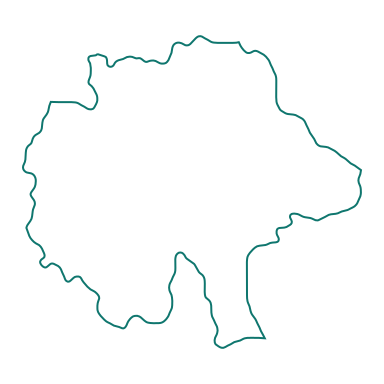 the district of Sabana Grande de Boyá, Monte Plata, Dominican Republic
{"feature_id": "3306468B74800067614401", "entity_name": "Sabana Grande de Boyá", "entity_type": "district", "adm_level": 2, "iso_a3": "DOM", "parent_name": "Dominican Republic", "parent_adm1": "Monte Plata", "projection": "robinson", "projection_center": [-69.796, 18.975], "detail": "fine", "context": "isolated", "style": "outline", "palette": "teal", "viewbox_px": 384, "rotation_deg": 0, "n_neighbors": 0, "source": "geoboundaries", "source_scale": "gbopen_adm2", "svg_char_len": 5836}
<svg xmlns="http://www.w3.org/2000/svg" viewBox="0 0 384 384"><path d="M50.8,101.9L49.3,105.9L48.3,110.7L47.8,112.3L46.6,114.5L43.6,118.6L42.9,120.1L42.4,122.6L41.8,128.4L41.3,130.0L41.0,130.7L40.1,131.9L39.1,132.9L35.4,135.1L33.9,136.6L32.8,138.6L31.5,142.8L30.7,143.9L28.7,145.5L27.7,146.5L26.6,148.4L26.1,150.0L25.8,152.5L25.4,159.5L24.9,161.9L23.2,165.9L23.0,167.5L23.3,169.1L24.0,170.4L25.6,171.9L26.9,172.5L31.2,173.4L32.5,174.0L33.7,175.0L34.6,176.2L35.3,177.7L35.7,179.3L35.8,181.0L35.5,184.5L34.8,186.9L34.0,188.4L31.3,192.2L30.7,193.5L30.6,194.3L30.7,195.0L31.3,196.4L33.9,200.1L34.6,201.6L34.9,203.2L34.8,204.8L33.0,209.6L32.7,211.3L32.1,216.3L31.5,218.8L30.3,221.0L27.5,225.0L26.8,226.4L26.4,227.9L29.3,235.9L30.5,238.1L32.1,240.1L33.9,241.9L35.8,243.3L39.1,245.1L40.7,246.7L42.0,248.7L44.1,253.4L44.5,254.7L44.6,255.5L44.4,256.9L43.6,257.9L41.3,259.6L40.6,260.6L40.3,261.2L40.1,261.9L40.2,262.6L40.4,263.4L41.6,265.3L43.3,266.8L44.6,267.4L45.3,267.5L46.0,267.4L47.2,266.7L50.5,263.9L51.8,263.5L52.5,263.5L53.7,263.8L58.1,266.0L59.8,267.5L61.0,269.4L62.2,272.4L64.1,276.5L64.9,278.7L65.5,280.0L66.4,281.0L67.6,281.6L68.2,281.7L69.5,281.4L70.7,280.5L73.5,277.9L74.8,277.0L75.5,276.8L76.9,276.5L78.4,276.5L79.7,276.9L80.3,277.3L81.2,278.4L82.2,280.3L83.6,282.3L87.4,286.7L90.5,289.4L93.9,291.2L95.3,292.1L97.1,293.8L98.5,295.6L99.1,297.1L99.2,298.5L98.1,301.7L97.7,303.2L97.4,305.7L97.4,308.3L97.5,310.0L98.0,311.7L98.3,312.4L99.2,313.9L100.7,315.9L104.2,319.6L106.0,321.2L107.4,322.1L110.1,323.4L113.9,325.6L119.1,327.0L122.0,328.2L123.2,328.4L123.9,328.2L125.0,327.5L125.8,326.5L126.5,325.3L127.7,322.4L128.5,321.0L130.1,318.9L131.3,317.7L132.6,316.7L133.3,316.3L134.9,315.9L137.2,315.8L139.4,316.5L140.8,317.4L144.5,320.7L146.5,322.1L147.9,322.6L150.3,323.0L153.5,323.2L159.1,323.1L160.7,322.9L162.2,322.4L163.6,321.6L164.9,320.5L166.1,319.3L167.6,317.3L168.5,315.8L169.7,312.8L171.3,309.4L171.9,307.8L172.2,305.3L172.3,300.9L172.0,297.5L171.5,295.0L169.9,291.6L169.4,290.1L169.1,287.6L169.4,285.1L169.9,283.5L171.6,280.2L172.8,277.2L174.5,273.8L175.0,272.3L175.3,270.6L175.4,268.0L175.3,259.2L175.5,257.6L175.9,255.9L176.6,254.6L177.6,253.5L178.9,252.7L180.4,252.5L181.9,252.8L183.1,253.6L184.5,255.2L185.8,257.6L186.7,258.6L194.1,263.9L194.9,265.0L198.8,271.9L199.7,272.9L202.4,275.0L203.3,276.2L204.0,277.5L204.5,279.2L204.7,280.9L204.8,283.7L204.7,291.9L204.9,294.5L205.2,296.1L205.8,297.5L208.8,300.1L209.7,301.1L210.5,302.5L210.9,304.0L211.2,305.7L211.4,312.6L211.8,315.2L212.2,316.7L213.9,320.1L215.2,323.1L216.9,326.5L217.3,328.0L217.6,330.6L217.2,333.0L216.7,334.5L215.1,337.8L214.6,340.2L214.8,342.5L215.4,343.9L215.9,344.5L218.6,346.4L220.4,347.4L221.9,347.8L223.4,347.8L225.4,347.0L227.8,345.6L230.6,344.3L234.3,342.1L240.2,340.5L243.4,338.8L244.8,338.3L247.3,337.9L251.5,337.8L259.2,337.9L264.8,338.3L262.9,334.6L261.0,331.2L259.5,327.5L257.4,323.4L256.1,320.5L255.3,319.0L252.3,314.9L251.4,313.4L250.6,311.1L249.5,306.3L248.0,302.8L247.5,301.2L247.1,298.4L247.0,295.6L246.9,261.9L247.1,259.1L247.4,257.3L247.7,256.4L248.5,254.8L250.0,252.7L253.0,249.4L254.9,247.7L257.1,246.3L259.6,245.7L265.5,245.0L267.0,244.5L270.2,243.0L272.4,242.6L276.0,242.3L277.3,241.9L277.8,241.6L278.3,241.1L278.6,240.4L278.8,239.1L278.5,237.8L277.0,234.8L276.6,233.4L276.6,231.1L277.0,229.7L277.4,229.0L277.9,228.6L279.2,228.0L284.3,227.6L286.5,227.0L290.0,224.9L291.0,224.1L291.7,222.9L291.8,221.5L291.4,220.3L290.1,217.6L290.0,216.2L290.2,215.5L290.5,214.9L291.6,214.0L292.9,213.7L294.3,213.6L297.3,214.0L298.8,214.5L302.0,216.2L303.4,216.8L304.9,217.2L310.3,218.0L311.8,218.5L315.5,220.2L317.7,220.4L318.4,220.2L324.9,217.0L328.7,214.9L330.9,214.3L335.6,213.8L337.8,213.3L341.7,211.5L347.6,210.0L353.5,207.0L354.7,206.2L356.3,204.6L357.2,203.3L360.3,196.3L360.7,194.6L360.9,192.9L360.8,189.5L360.6,187.8L360.2,186.2L358.8,182.8L358.4,180.5L358.7,178.3L360.3,174.1L361.0,170.1L354.8,165.6L350.7,163.4L345.7,159.0L344.4,158.1L341.0,156.2L336.6,152.3L334.6,150.8L328.1,147.4L325.8,146.9L320.4,146.3L319.0,145.7L317.8,144.9L316.3,143.3L314.2,139.0L309.9,132.7L308.3,128.9L306.6,125.5L305.0,121.9L304.2,120.6L302.7,119.0L301.4,118.2L295.6,115.1L293.3,114.6L287.8,114.0L286.3,113.6L285.0,113.0L281.4,110.8L280.3,109.9L279.5,108.7L277.5,104.8L276.9,103.4L276.5,101.7L276.2,97.2L276.3,80.7L276.2,78.0L275.9,76.3L275.4,74.7L273.7,71.3L272.5,68.3L270.8,64.9L269.3,61.2L268.5,59.8L266.0,56.7L263.7,54.7L257.9,51.5L256.6,51.0L255.1,50.8L253.7,51.1L250.8,52.6L249.4,53.0L248.0,53.0L247.2,52.9L245.9,52.2L243.7,50.2L241.7,47.7L240.4,45.6L238.8,42.2L236.3,42.7L232.0,42.9L218.2,42.9L213.9,42.6L212.3,42.3L210.8,41.7L207.7,39.8L205.0,38.4L202.0,36.6L200.6,36.2L199.9,36.2L198.4,36.4L197.0,37.2L195.7,38.3L190.3,44.0L189.0,44.9L188.3,45.2L186.8,45.4L185.3,45.2L181.7,43.3L179.5,42.7L178.0,42.6L176.5,42.9L175.8,43.2L174.5,44.0L173.5,45.1L172.8,46.4L172.3,48.0L171.5,52.8L168.5,60.0L167.2,61.8L166.1,62.8L164.7,63.4L163.2,63.6L161.6,63.6L160.1,63.3L158.8,62.7L155.6,61.0L153.4,60.5L151.2,60.6L149.7,60.9L146.8,61.9L145.5,61.8L144.3,61.2L141.5,59.0L140.3,58.3L139.1,58.1L136.4,58.4L135.3,58.1L132.2,56.9L130.7,56.7L129.2,56.7L126.9,57.1L123.1,59.0L118.7,60.2L117.3,60.8L116.1,61.6L115.1,62.6L113.4,65.5L112.9,65.9L111.8,66.6L110.5,66.8L109.8,66.7L108.6,66.2L107.6,65.2L107.2,63.8L107.0,60.1L106.7,58.7L106.1,57.4L105.6,56.9L104.3,56.3L98.1,54.3L97.1,54.4L95.8,55.3L90.6,56.0L89.4,56.6L88.9,57.1L88.5,57.8L88.4,58.5L88.4,60.0L88.9,61.2L90.1,63.3L90.8,67.9L90.8,70.8L90.7,73.6L90.5,75.4L90.0,77.1L89.0,79.7L88.6,81.0L88.5,82.4L88.9,83.7L89.3,84.2L91.7,86.2L93.5,88.5L96.6,94.7L97.1,96.3L97.3,98.0L97.3,100.5L96.9,102.2L96.0,104.3L94.3,107.4L93.4,108.5L92.8,108.9L91.4,109.3L90.0,109.3L88.5,109.1L87.1,108.5L84.1,106.6L81.4,105.2L78.3,103.3L76.8,102.7L75.2,102.4L70.9,102.1L57.8,102.1L50.8,101.9Z" fill="none" stroke="#0f766e" stroke-width="2"/></svg>